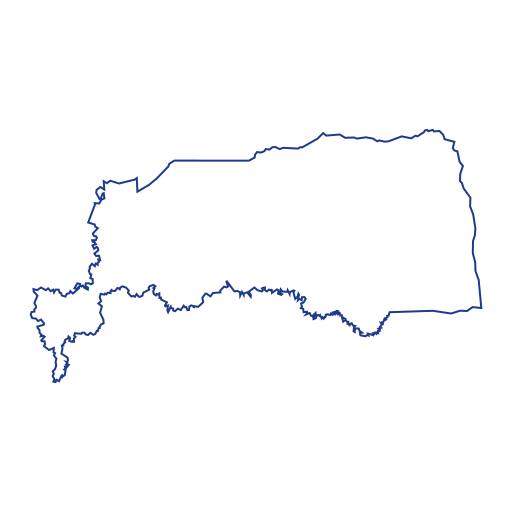 outline of Santuk, Kâmpóng Thum, Cambodia
{"feature_id": "14789045B50738302536957", "entity_name": "Santuk", "entity_type": "district", "adm_level": 2, "iso_a3": "KHM", "parent_name": "Cambodia", "parent_adm1": "Kâmpóng Thum", "projection": "natural_earth1", "projection_center": [105.23, 12.591], "detail": "fine", "context": "isolated", "style": "outline", "palette": "blue", "viewbox_px": 512, "rotation_deg": 0, "n_neighbors": 0, "source": "geoboundaries", "source_scale": "gbopen_adm2", "svg_char_len": 5940}
<svg xmlns="http://www.w3.org/2000/svg" viewBox="0 0 512 512"><path d="M481.3,308.0L478.7,280.0L475.5,271.0L475.2,262.6L472.8,252.9L473.0,241.1L474.9,235.2L475.4,228.6L473.2,214.4L470.1,206.4L470.4,197.7L463.7,188.5L461.8,182.8L460.0,181.0L460.2,174.1L462.9,166.0L459.6,161.8L457.4,151.4L454.3,150.4L452.8,148.3L454.4,141.8L444.6,139.2L443.3,135.0L439.5,131.0L433.9,131.4L432.8,129.9L428.3,131.2L427.3,129.9L424.9,130.5L423.9,132.2L417.5,136.3L415.5,135.7L411.2,138.3L401.7,136.4L388.5,141.3L384.9,141.7L379.0,140.4L377.2,141.3L373.1,138.6L365.9,137.3L356.9,138.6L353.9,137.5L345.2,137.8L339.7,134.5L326.2,135.6L323.2,133.1L317.5,138.7L302.1,147.4L300.2,147.2L298.1,148.6L283.4,147.8L279.7,149.1L275.3,147.0L272.4,147.2L269.5,149.6L265.9,149.0L264.3,151.2L261.1,152.5L257.0,152.1L255.0,154.8L254.7,157.5L248.9,160.7L174.3,160.6L169.3,163.8L168.3,166.5L156.6,178.6L149.1,184.8L137.4,191.7L136.8,178.1L134.8,179.6L119.0,183.5L110.2,180.7L106.9,183.2L103.7,181.3L104.3,189.5L100.3,187.0L96.5,190.0L96.2,192.8L99.5,199.0L100.8,198.3L102.6,193.6L103.7,193.2L104.4,198.4L101.4,199.7L99.2,203.5L94.7,203.1L95.0,204.5L88.2,222.5L94.7,224.5L95.3,226.6L97.8,228.1L92.8,233.6L94.0,236.0L96.0,236.3L96.9,237.7L95.8,240.2L92.2,240.2L92.8,241.9L94.6,242.3L95.9,244.2L92.5,245.4L94.2,248.8L96.7,246.9L98.1,248.4L98.2,250.4L94.4,253.6L96.2,256.0L99.0,255.7L100.1,260.1L98.3,259.7L99.0,261.8L97.6,262.9L97.7,264.7L95.7,263.6L94.8,266.2L92.0,263.7L89.6,267.0L90.0,268.4L88.8,270.6L90.0,274.0L91.3,274.5L90.4,278.2L92.6,278.9L92.8,283.4L90.8,284.3L89.2,283.3L85.8,283.4L85.4,286.1L88.0,287.7L87.8,289.6L84.5,287.9L82.8,285.5L81.5,286.5L80.2,285.6L80.1,284.0L77.3,283.3L74.5,288.3L76.4,289.0L79.3,286.4L79.0,288.2L72.9,293.5L70.3,291.1L69.4,293.2L66.8,293.8L65.4,296.6L61.9,295.5L60.8,292.8L59.6,292.7L58.7,289.7L55.6,289.6L54.0,292.5L53.1,289.7L50.7,291.2L48.1,288.4L45.8,290.2L41.0,287.5L37.2,290.1L33.5,289.1L33.7,291.6L37.5,295.6L34.4,303.0L36.1,306.4L35.8,307.9L34.3,309.5L34.4,311.6L31.6,312.0L30.7,314.6L32.2,318.1L35.9,318.6L38.0,321.0L41.0,319.6L44.0,323.3L43.7,324.8L37.4,326.6L37.4,327.6L39.5,330.2L39.6,332.9L41.4,334.6L40.8,336.3L43.1,335.7L44.6,336.7L41.3,340.3L41.9,341.3L44.5,341.2L45.1,344.2L43.9,346.1L49.0,350.0L53.9,348.0L53.5,352.3L55.1,353.1L53.9,355.4L56.4,358.7L55.6,361.8L56.2,365.6L55.1,369.0L52.8,371.3L53.8,373.9L52.7,376.1L54.6,379.5L53.4,381.6L55.5,382.1L56.8,379.8L59.0,381.2L61.3,376.1L62.0,377.0L62.5,375.5L63.2,376.2L64.8,375.1L65.6,369.7L64.4,369.4L65.3,368.7L65.1,367.3L65.7,367.8L66.0,366.6L66.6,367.5L68.7,364.9L66.3,364.2L67.4,362.9L66.4,361.9L67.2,362.1L68.0,360.1L67.5,357.6L61.4,353.6L62.5,348.7L61.9,345.6L63.2,345.4L62.8,344.7L65.2,342.3L64.4,341.7L65.3,339.7L68.1,338.3L68.5,336.5L70.1,337.9L69.2,340.9L71.9,341.8L72.9,340.5L72.5,341.7L74.1,341.7L73.8,338.7L75.5,336.8L74.2,335.6L74.9,333.2L81.1,333.8L82.2,332.7L84.4,332.7L85.7,334.4L88.0,335.0L90.4,332.8L93.3,334.8L95.2,334.0L96.8,330.9L97.8,331.1L98.6,328.1L99.7,328.0L99.7,326.4L101.3,324.3L103.6,323.4L103.4,319.8L100.1,312.7L101.9,306.3L98.4,303.5L101.1,301.2L99.7,297.2L100.7,293.9L104.2,294.6L105.0,293.6L106.2,294.4L107.7,292.7L110.5,293.1L110.5,291.0L111.6,290.0L111.9,290.8L115.0,291.0L117.4,288.0L119.2,288.4L119.8,290.1L120.1,287.8L122.4,286.3L126.2,287.7L128.8,290.6L127.9,292.7L131.4,296.5L133.4,295.9L134.9,296.8L136.6,294.1L138.6,296.6L140.0,296.8L142.4,295.7L143.3,292.6L149.3,289.6L148.6,287.8L149.7,286.2L153.3,284.9L155.4,286.3L153.4,288.0L154.4,288.6L153.2,291.3L153.8,294.0L155.8,295.4L156.5,294.0L157.8,294.6L159.3,293.5L159.5,297.9L161.0,297.7L161.1,299.5L166.9,302.3L165.0,305.5L165.5,306.3L167.9,305.5L167.4,310.6L168.1,312.2L170.8,306.7L171.2,308.0L173.1,308.5L173.2,310.5L175.0,311.2L177.9,308.6L180.8,310.1L183.7,305.7L184.7,307.1L186.2,307.1L187.4,310.1L188.9,310.0L189.4,306.5L191.3,305.4L193.7,306.3L193.8,307.9L194.6,306.2L198.2,306.8L203.2,302.2L202.4,297.8L205.2,293.8L206.4,293.6L210.5,296.4L212.9,293.0L220.4,292.4L220.2,290.6L224.1,286.6L226.7,287.4L228.1,286.4L226.4,281.8L227.0,281.4L234.3,291.3L237.5,291.0L240.0,292.3L240.2,295.6L242.0,291.9L243.7,295.0L243.8,293.4L247.2,292.3L250.7,296.7L250.9,295.0L248.8,291.7L254.4,287.5L257.4,290.1L261.7,291.5L263.0,290.2L262.0,288.4L262.8,287.9L264.9,287.5L264.8,290.0L266.9,291.4L269.0,289.6L271.1,290.7L271.7,289.0L272.0,292.9L276.9,289.4L278.5,290.2L278.1,293.7L281.3,294.9L282.1,294.1L280.2,292.9L280.8,289.4L282.6,291.6L287.3,291.8L287.7,290.2L289.6,294.1L289.8,292.1L293.6,290.4L294.4,290.8L293.5,292.5L295.2,298.9L297.5,296.8L298.4,293.7L299.0,294.7L298.0,300.2L299.3,298.9L301.7,300.1L302.0,297.2L304.5,297.1L305.7,298.8L303.6,302.5L301.1,303.4L301.9,306.7L300.9,308.1L303.2,308.8L303.6,312.2L307.0,311.7L307.3,312.9L306.1,314.5L309.7,313.0L311.0,315.7L312.3,316.1L315.5,313.0L315.6,314.7L313.3,317.6L313.5,319.1L315.9,318.1L316.9,315.2L318.4,315.0L319.5,315.9L320.1,315.1L321.7,318.4L322.4,317.3L323.7,318.6L324.5,316.9L325.5,317.1L325.9,313.9L326.2,315.1L327.5,314.3L330.3,315.0L331.0,313.5L332.5,314.8L334.6,314.1L333.0,312.4L334.7,311.9L335.6,313.6L336.5,310.9L337.6,311.0L336.8,312.2L337.9,314.3L338.8,313.6L337.6,312.3L339.6,312.6L340.3,315.6L341.8,315.3L342.1,317.1L343.9,318.1L342.2,318.2L343.2,321.7L345.5,319.8L347.1,321.9L348.2,321.9L347.6,323.8L349.0,323.8L349.6,326.2L349.7,324.3L351.7,323.2L352.8,325.4L355.1,326.0L354.0,327.5L353.6,331.3L354.8,331.9L354.8,329.4L355.9,328.4L358.8,328.6L359.3,330.6L362.1,332.7L359.9,333.1L360.4,335.3L365.5,336.3L367.1,335.0L368.4,335.5L367.9,333.6L372.3,334.9L372.7,333.2L373.9,333.0L374.0,334.1L374.9,332.7L376.2,333.7L376.3,331.6L376.6,332.7L378.2,333.2L378.0,330.8L379.7,330.9L379.9,329.6L378.6,328.6L381.1,327.8L380.0,326.9L381.8,324.7L380.9,322.9L382.6,323.6L382.3,322.5L383.1,322.6L384.3,319.3L385.1,321.0L385.0,320.1L386.2,319.4L385.5,318.3L387.4,317.2L387.2,315.9L388.6,315.7L389.6,312.2L432.9,310.8L451.1,313.5L460.2,310.7L467.0,311.0L472.6,307.1L481.3,308.0Z" fill="none" stroke="#1e3a8a" stroke-width="2"/></svg>